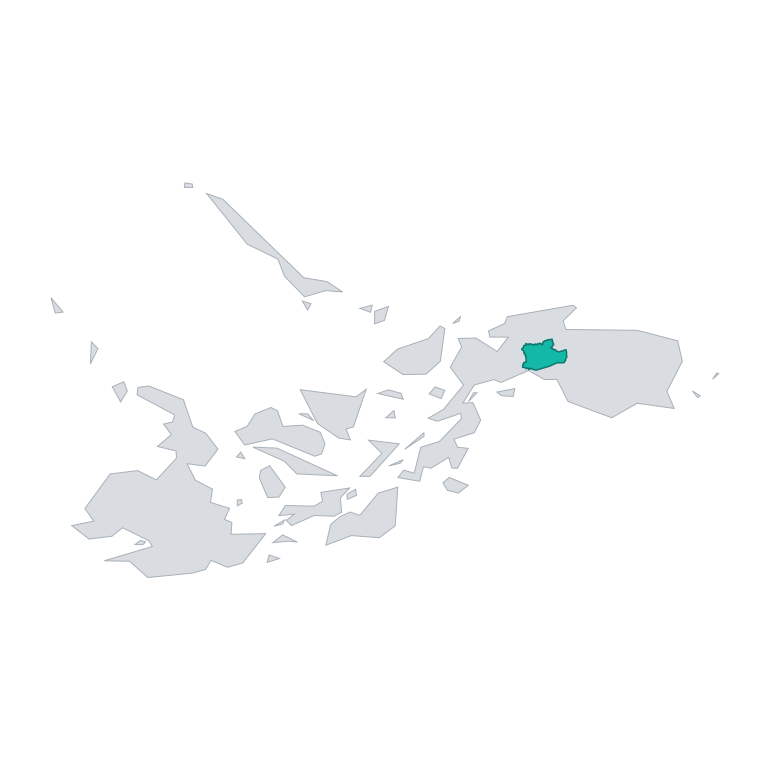 Nueva Ecija, Nueva Ecija, Philippines (highlighted), rotated 91°
{"feature_id": "2640588B46982966730152", "entity_name": "Nueva Ecija", "entity_type": "district", "adm_level": 2, "iso_a3": "PHL", "parent_name": "Philippines", "parent_adm1": "Nueva Ecija", "projection": "robinson", "projection_center": [120.823, 15.657], "detail": "fine", "context": "in_parent", "style": "filled", "palette": "teal", "viewbox_px": 768, "rotation_deg": 91, "n_neighbors": 0, "source": "geoboundaries", "source_scale": "gbopen_adm2", "svg_char_len": 7816}
<svg xmlns="http://www.w3.org/2000/svg" viewBox="0 0 768 768"><g transform="rotate(91 384 384)"><path d="M356.1,86.1L386.3,101.0L403.4,93.4L398.8,130.5L413.8,155.7L398.3,199.6L376.3,211.3L376.8,223.6L368.0,239.7L380.4,267.1L377.7,274.4L383.4,293.7L401.6,304.8L401.1,294.7L418.5,286.7L431.1,292.8L438.0,313.2L445.9,309.2L446.9,298.7L467.1,309.2L466.8,314.6L456.3,318.1L467.4,335.7L466.0,343.1L480.6,346.6L477.3,368.5L469.8,362.7L472.7,352.2L446.6,346.2L440.5,327.6L417.2,305.9L412.0,306.9L420.3,329.8L417.5,339.2L408.3,324.0L383.8,304.5L366.1,318.0L345.5,307.0L337.2,310.7L336.4,292.8L349.6,271.5L335.0,260.4L335.2,279.0L329.1,280.4L321.4,264.5L314.5,261.8L302.0,196.3L304.4,192.9L317.8,206.0L326.3,203.1L325.9,131.7L335.7,91.1L356.1,86.1ZM535.7,499.7L565.4,522.1L570.0,537.3L563.3,553.9L572.5,559.1L576.4,572.2L581.6,616.8L565.7,635.3L565.6,660.6L550.5,612.8L544.9,616.1L532.3,642.9L540.9,653.3L544.2,676.1L531.0,693.8L526.2,671.8L513.7,680.9L478.7,656.2L474.9,628.7L483.9,609.9L461.7,590.2L454.6,590.7L450.4,609.4L438.3,595.7L427.9,603.7L425.7,594.7L418.5,592.8L399.1,630.7L391.7,629.9L390.1,619.1L403.2,584.3L430.6,574.4L436.3,561.4L452.1,548.9L469.2,561.5L467.1,579.4L483.5,571.0L492.0,553.7L505.4,555.4L511.0,536.3L522.2,541.1L525.0,533.7L536.9,534.3L535.7,499.7ZM447.4,522.3L434.0,532.3L428.7,520.1L416.2,512.5L409.5,496.6L412.5,490.1L428.2,484.3L426.6,464.8L433.4,446.9L444.6,441.9L455.0,445.2L457.4,451.9L440.8,494.7L447.4,522.3ZM525.6,370.3L537.8,386.0L536.1,413.9L546.2,439.3L525.6,434.9L517.4,425.7L512.6,415.6L515.7,405.9L493.2,387.8L486.9,368.4L525.6,370.3ZM389.6,401.7L427.4,413.8L429.7,421.0L440.5,416.6L438.9,428.2L424.6,449.9L391.2,467.6L397.3,411.6L389.6,401.7ZM246.7,523.1L196.7,564.6L202.1,548.4L279.2,466.0L282.6,442.9L292.7,427.0L291.6,443.8L298.2,465.0L277.8,485.5L261.0,492.2L246.7,523.1ZM327.5,324.1L360.3,328.1L373.4,342.1L374.2,365.2L361.7,384.7L348.9,371.1L337.8,340.4L325.0,329.0L327.5,324.1ZM498.6,425.6L513.1,424.2L517.1,431.8L516.7,451.6L527.2,474.0L522.1,479.5L515.7,471.2L517.4,486.8L507.2,480.5L507.4,451.8L502.3,443.4L493.4,445.2L488.6,416.6L498.6,425.6ZM449.4,514.0L450.0,489.9L476.6,428.9L475.4,469.6L462.9,482.3L449.4,514.0ZM499.6,498.3L480.3,507.0L472.6,505.9L467.7,496.9L489.0,480.9L498.9,487.1L499.6,498.3ZM443.6,367.7L476.6,396.5L476.8,406.5L453.4,384.8L440.4,398.4L443.6,367.7ZM489.2,318.7L481.9,323.4L476.3,317.3L483.8,297.9L491.7,307.6L489.2,318.7ZM406.5,647.0L391.5,655.7L386.3,644.1L395.6,640.5L406.5,647.0ZM306.4,380.9L320.4,384.7L324.0,394.4L311.5,394.6L306.4,380.9ZM389.4,323.0L397.6,326.6L393.1,338.7L386.0,332.9L389.4,323.0ZM353.6,670.6L369.0,677.9L347.0,677.3L353.6,670.6ZM544.6,492.3L536.6,482.8L543.6,467.8L542.8,476.9L544.6,492.3ZM398.9,364.5L393.6,390.0L389.8,379.5L393.0,367.0L398.9,364.5ZM317.7,706.2L318.8,713.9L303.5,718.5L317.7,706.2ZM394.2,254.6L393.7,266.1L390.1,270.9L386.3,253.1L394.2,254.6ZM421.8,453.7L415.2,468.5L415.1,460.0L421.8,453.7ZM312.5,398.8L308.8,409.4L305.4,397.1L312.5,398.8ZM499.9,418.7L494.8,419.0L489.8,410.5L495.9,409.6L499.9,418.7ZM417.7,372.0L417.7,381.6L410.3,373.7L417.7,372.0ZM564.4,497.7L557.0,495.9L560.3,485.6L564.4,497.7ZM435.6,343.0L448.9,362.2L432.1,343.3L435.6,343.0ZM311.4,461.7L302.5,467.1L305.0,458.4L311.4,461.7ZM461.1,522.0L459.5,530.2L454.5,526.0L461.1,522.0ZM462.9,366.4L465.8,377.8L459.3,363.4L462.9,366.4ZM190.9,587.1L186.4,586.6L187.4,579.3L190.8,578.5L190.9,587.1ZM508.4,528.4L502.6,528.8L502.1,524.5L505.5,523.7L508.4,528.4ZM548.9,630.1L544.7,625.0L546.0,619.7L548.8,622.3L548.9,630.1ZM319.8,309.9L322.3,316.4L315.4,308.9L319.8,309.9ZM525.7,482.9L528.1,491.5L521.7,481.1L525.7,482.9ZM392.1,70.1L385.5,75.5L390.2,67.6L392.1,70.1ZM400.1,299.3L391.1,294.3L391.2,290.9L400.1,299.3ZM367.8,49.5L373.5,55.5L367.2,51.5L367.8,49.5Z" fill="#d9dde1" stroke="#a8b0b8" stroke-width="1"/><path d="M367.5,232.2L363.4,219.1L362.0,216.0L361.1,214.1L359.9,211.8L359.9,210.9L359.7,210.6L359.8,208.3L359.6,204.8L359.4,204.5L359.1,204.0L358.4,203.7L357.8,203.3L357.5,203.2L357.0,202.8L356.9,202.9L356.7,202.9L355.6,202.9L354.6,202.0L354.0,201.7L352.0,201.8L351.7,201.9L351.5,202.3L350.3,202.0L349.6,202.0L349.0,202.0L346.7,202.6L346.9,203.8L347.1,204.6L347.8,206.2L348.2,206.9L348.1,207.7L348.2,208.0L348.7,208.9L348.8,209.8L348.5,210.6L348.0,212.3L347.7,212.6L347.4,212.7L347.5,212.7L347.4,212.7L347.4,212.8L347.2,212.9L346.9,213.1L346.8,213.3L346.7,213.5L346.6,214.0L346.8,214.4L346.7,214.4L346.7,214.6L346.6,214.8L346.5,215.0L346.2,215.8L345.8,215.7L345.5,216.1L345.6,216.7L345.4,216.7L345.2,216.9L345.0,217.4L344.8,217.5L344.6,217.8L344.4,217.4L344.0,216.7L343.8,216.6L343.6,216.6L343.5,216.3L342.8,215.9L341.7,215.5L341.7,215.1L341.0,215.1L340.7,215.3L340.3,215.5L340.2,215.6L339.9,215.8L339.6,215.9L339.4,216.1L339.2,216.1L338.9,216.0L338.7,216.1L338.4,216.3L338.4,216.2L338.2,216.2L338.0,216.4L337.7,216.3L337.2,216.5L336.3,216.8L336.6,218.5L336.9,220.2L336.9,220.6L336.9,220.9L337.1,220.9L337.3,221.4L337.3,221.9L337.7,223.0L337.9,223.1L337.9,223.3L338.0,223.3L338.1,223.5L338.1,224.0L338.5,224.3L338.4,224.5L338.5,224.7L338.7,224.8L338.7,225.0L339.1,225.2L339.1,225.3L339.7,226.0L340.4,226.0L340.6,225.9L340.9,226.1L341.5,226.0L342.0,226.3L342.0,226.5L341.8,226.9L341.7,227.3L341.3,227.5L341.2,227.6L341.0,227.8L341.0,228.0L341.0,228.4L340.9,228.7L340.7,228.8L340.8,229.1L340.6,229.2L340.8,229.4L341.0,229.4L341.0,229.6L341.0,229.8L341.1,230.0L341.1,230.3L341.2,230.5L341.3,230.6L341.2,230.8L341.3,230.9L341.3,231.0L341.6,231.1L341.6,231.3L341.6,231.5L341.7,231.8L341.8,231.9L341.8,232.0L341.7,232.2L341.8,232.2L341.8,232.3L341.8,232.5L341.7,232.8L341.8,232.8L341.6,233.1L341.6,233.3L341.7,233.5L341.5,233.8L341.7,234.0L341.8,234.1L341.9,234.3L342.1,234.4L342.3,234.5L342.2,234.6L342.2,234.8L342.3,234.9L342.3,235.3L342.1,235.8L341.9,236.0L342.0,236.2L341.8,236.3L341.8,236.7L341.7,236.8L341.5,237.1L341.6,237.6L341.5,237.9L341.5,238.1L341.4,238.4L341.3,238.6L341.4,238.9L341.3,239.1L341.3,239.3L341.5,239.4L341.5,239.5L341.9,239.7L342.0,239.8L342.0,240.0L341.5,240.8L341.6,241.1L341.8,241.4L341.8,242.1L341.5,242.0L341.4,241.8L341.2,241.9L341.3,241.9L341.4,242.0L341.4,242.3L341.2,242.9L341.5,242.9L341.6,242.6L342.0,242.5L342.7,242.4L342.7,242.5L342.8,242.8L342.6,243.2L342.7,243.3L342.8,243.6L342.9,243.8L343.0,244.0L342.9,244.5L343.0,244.7L343.5,245.0L343.8,244.9L344.1,245.1L344.3,245.0L344.5,245.1L344.8,245.3L345.0,245.3L345.4,245.5L345.9,246.4L346.1,246.5L346.5,246.5L346.9,246.5L346.9,246.4L347.0,246.4L347.0,246.5L347.2,246.4L347.3,246.5L347.4,246.2L347.5,246.2L347.7,246.4L347.6,246.1L347.8,245.9L348.0,245.5L348.1,245.4L348.0,245.1L348.1,244.9L348.1,245.0L348.3,245.0L348.9,244.9L349.0,244.8L349.5,244.7L350.0,244.4L350.1,244.2L350.4,244.4L350.8,244.4L351.1,244.2L351.1,244.3L351.3,244.2L351.3,244.3L351.5,244.2L351.9,243.9L352.1,243.7L352.2,243.4L352.3,243.4L352.5,243.3L352.5,243.2L352.8,243.1L353.0,243.1L353.3,243.0L353.5,243.1L353.8,243.0L353.7,242.9L353.8,242.9L353.8,242.7L354.0,242.7L355.1,242.3L356.8,242.5L357.4,242.3L357.9,242.2L358.2,242.2L359.3,242.2L359.2,242.4L359.5,242.4L359.6,242.5L359.5,242.8L359.7,243.0L359.8,243.0L359.9,243.5L360.1,243.7L360.0,243.8L360.0,244.0L360.3,244.3L360.3,244.5L360.7,244.5L360.8,244.6L361.6,245.2L361.8,245.3L361.7,245.4L361.9,245.3L361.9,245.1L362.1,245.1L362.1,245.3L362.3,245.3L362.3,245.5L362.9,245.6L363.6,245.6L364.8,245.6L365.2,243.7L365.6,241.5L365.9,241.6L365.6,241.0L365.8,240.8L365.8,240.7L365.8,240.8L365.9,240.7L365.9,240.3L365.8,240.2L366.0,240.0L365.9,239.9L366.0,239.8L366.2,239.7L366.4,239.5L366.5,239.5L366.3,239.3L366.4,239.2L366.5,239.1L366.4,238.9L366.5,238.8L366.4,238.7L366.4,238.4L366.4,238.2L366.2,238.2L366.2,237.9L366.1,237.7L366.1,237.4L366.0,237.2L365.9,237.2L366.0,237.0L365.9,237.0L365.9,236.9L365.8,236.6L366.2,236.6L366.3,236.6L366.4,236.3L366.6,235.9L367.5,232.2Z" fill="#14b8a6" stroke="#0f766e" stroke-width="1.5"/></g></svg>